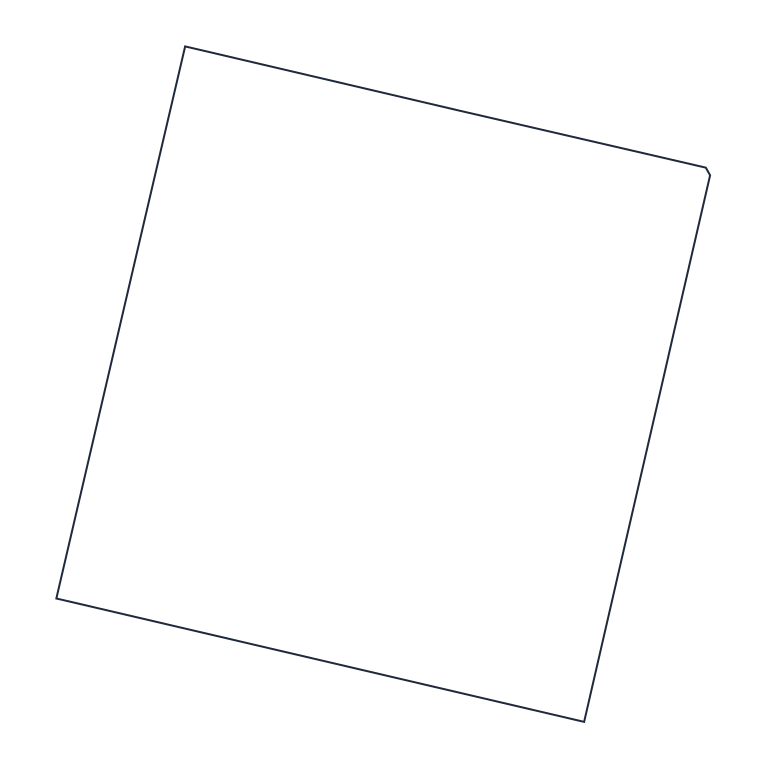 Hall, Nebraska, United States of America, rotated 13°
{"feature_id": "52423323B95239642350933", "entity_name": "Hall", "entity_type": "district", "adm_level": 2, "iso_a3": "USA", "parent_name": "United States of America", "parent_adm1": "Nebraska", "projection": "albers", "projection_center": [-98.41, 40.872], "detail": "fine", "context": "isolated", "style": "outline", "palette": "slate", "viewbox_px": 768, "rotation_deg": 13, "n_neighbors": 0, "source": "geoboundaries", "source_scale": "gbopen_adm2", "svg_char_len": 308}
<svg xmlns="http://www.w3.org/2000/svg" viewBox="0 0 768 768"><g transform="rotate(13 384 384)"><path d="M654.9,390.5L654.9,382.5L654.9,313.6L654.8,266.4L654.8,107.3L648.9,100.8L396.1,100.7L114.3,99.8L113.7,311.4L113.0,666.7L655.0,668.2L654.9,390.5Z" fill="none" stroke="#1e293b" stroke-width="2"/></g></svg>